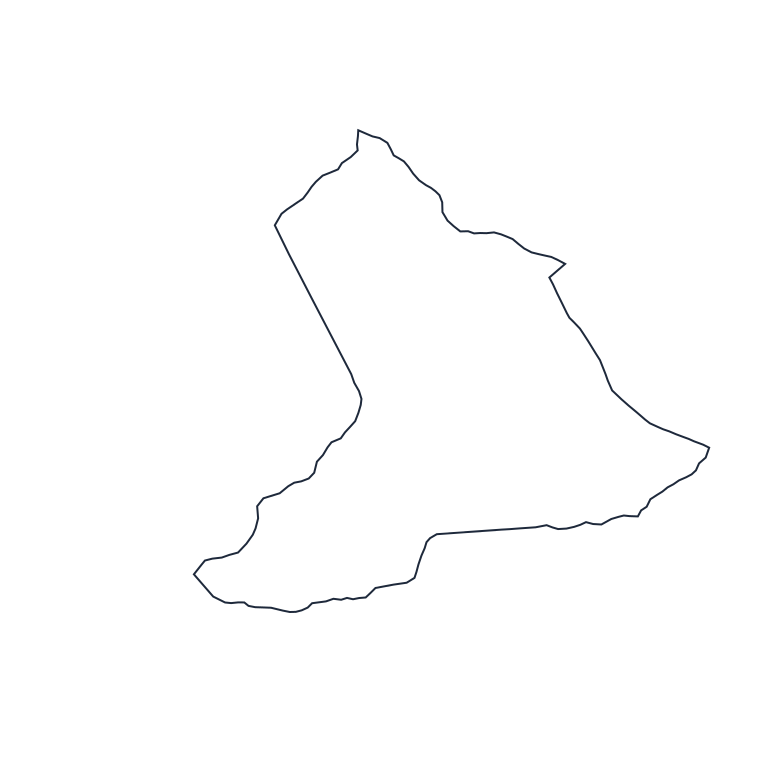 Fátima, Tocantins, Brazil (Albers equal-area conic projection), rotated 62°
{"feature_id": "56859067B58627839244807", "entity_name": "Fátima", "entity_type": "district", "adm_level": 2, "iso_a3": "BRA", "parent_name": "Brazil", "parent_adm1": "Tocantins", "projection": "albers", "projection_center": [-48.87, -10.831], "detail": "fine", "context": "isolated", "style": "outline", "palette": "slate", "viewbox_px": 768, "rotation_deg": 62, "n_neighbors": 0, "source": "geoboundaries", "source_scale": "gbopen_adm2", "svg_char_len": 2373}
<svg xmlns="http://www.w3.org/2000/svg" viewBox="0 0 768 768"><g transform="rotate(62 384 384)"><path d="M581.7,317.4L585.0,306.7L589.7,302.6L593.8,298.4L597.3,290.8L599.4,283.2L600.5,276.7L600.8,270.5L605.8,265.1L610.1,258.0L609.9,246.7L611.4,239.3L612.7,234.0L616.0,229.1L620.1,222.0L616.3,216.3L615.7,209.7L610.8,202.9L610.1,194.9L609.7,188.7L608.4,182.1L608.4,175.6L607.6,168.7L608.2,161.0L608.2,154.8L606.7,149.1L602.0,143.1L600.0,134.5L592.9,126.8L587.4,130.7L580.1,137.2L575.6,140.7L571.6,144.3L565.5,149.7L559.7,154.4L555.0,158.8L550.3,162.5L543.5,167.7L537.9,170.2L527.8,174.1L517.8,178.2L509.0,181.5L496.8,185.6L486.0,184.8L479.5,183.8L472.5,183.0L464.3,182.1L456.4,182.7L442.1,183.6L433.0,184.4L427.0,185.0L418.4,187.4L412.6,189.2L407.3,189.3L396.2,188.9L385.2,188.6L375.4,188.0L367.6,188.0L363.0,167.7L356.1,172.3L350.3,176.7L346.5,181.2L342.1,186.3L337.1,191.9L330.2,196.6L323.4,199.6L316.4,202.4L311.4,206.5L306.8,210.4L301.8,215.7L298.9,222.8L295.9,228.1L293.3,233.8L288.6,238.0L285.1,245.0L277.3,248.4L269.6,251.2L259.7,251.7L250.9,247.3L243.3,246.4L238.0,248.1L232.8,250.5L228.1,253.6L220.6,257.4L211.9,259.5L203.9,260.4L196.8,261.9L191.7,264.9L186.7,268.1L180.0,267.8L172.7,267.8L164.8,272.4L160.0,277.9L154.8,282.1L147.9,287.6L153.0,290.7L159.8,295.4L165.4,297.6L168.0,306.8L169.2,317.5L172.9,323.8L172.0,333.3L171.2,340.4L173.5,349.3L175.9,355.4L179.1,361.5L182.3,368.5L182.9,374.6L184.3,387.5L185.6,394.6L192.6,405.9L224.8,407.0L275.2,407.6L359.9,408.3L369.0,409.7L378.5,409.4L386.6,410.9L391.6,414.4L397.4,420.1L403.3,426.9L405.9,434.0L408.4,441.2L411.7,447.7L410.8,457.7L413.4,463.5L418.1,471.3L421.1,479.7L429.6,487.3L432.1,494.8L431.1,502.8L429.0,509.6L429.3,516.5L431.5,527.4L428.3,544.1L432.4,553.4L443.5,558.2L451.2,565.2L455.5,570.6L460.4,580.4L464.3,592.0L462.3,600.7L461.1,608.7L457.6,617.6L455.8,625.0L458.2,630.7L462.8,641.2L491.5,634.6L502.3,626.9L505.7,621.8L508.4,615.2L511.3,609.9L516.3,607.8L520.6,602.5L523.8,596.9L528.5,588.8L536.5,579.8L541.1,574.2L543.8,568.8L545.2,562.9L545.6,556.3L543.8,550.4L548.7,537.3L549.9,529.5L554.4,523.1L555.5,517.1L559.5,512.4L561.3,506.4L563.9,500.4L562.2,494.2L560.1,487.3L565.6,469.8L570.1,457.3L569.5,448.1L565.2,443.6L559.5,438.3L553.1,431.5L548.1,425.2L543.6,420.7L541.7,415.6L541.4,407.9L567.7,348.7L571.2,341.1L575.0,332.4L581.7,317.4Z" fill="none" stroke="#1e293b" stroke-width="2"/></g></svg>